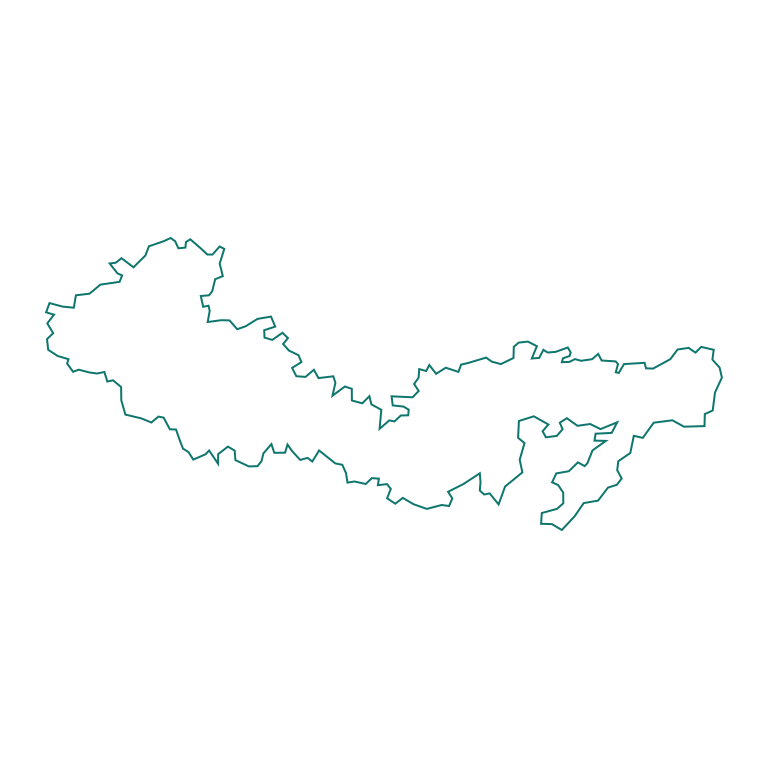 the district of Kamashi, Kashkadarya, Uzbekistan
{"feature_id": "79887680B4185016404575", "entity_name": "Kamashi", "entity_type": "district", "adm_level": 2, "iso_a3": "UZB", "parent_name": "Uzbekistan", "parent_adm1": "Kashkadarya", "projection": "natural_earth1", "projection_center": [66.838, 38.762], "detail": "fine", "context": "isolated", "style": "outline", "palette": "teal", "viewbox_px": 768, "rotation_deg": 0, "n_neighbors": 0, "source": "geoboundaries", "source_scale": "gbopen_adm2", "svg_char_len": 3265}
<svg xmlns="http://www.w3.org/2000/svg" viewBox="0 0 768 768"><path d="M212.2,291.2L215.2,279.2L222.8,276.1L219.7,263.6L224.3,248.9L219.6,246.5L212.4,254.6L207.3,254.5L200.8,248.4L190.3,239.3L186.0,242.0L185.4,247.6L178.4,248.3L175.2,241.3L170.6,238.0L164.0,241.1L148.9,246.3L145.4,255.5L133.5,267.3L121.5,258.2L115.8,262.7L109.7,263.5L117.5,273.4L122.1,275.4L119.6,281.8L114.5,282.6L100.4,284.6L89.5,293.7L75.9,295.3L73.8,307.7L62.6,306.6L49.5,303.1L46.1,312.3L54.0,314.7L47.3,323.4L53.2,333.2L47.0,339.1L48.2,349.8L57.7,356.0L68.5,359.2L67.1,363.5L73.1,371.8L78.8,369.7L89.6,372.5L97.0,373.5L104.4,372.0L107.3,381.5L113.0,380.3L121.1,387.0L121.3,400.3L125.4,414.6L141.4,418.4L151.4,422.5L158.4,416.6L163.6,417.6L169.9,429.3L176.0,429.5L180.1,441.2L183.0,448.6L188.6,452.2L193.3,459.6L205.5,454.3L209.1,450.5L218.0,463.6L218.2,454.1L227.9,446.6L234.7,450.6L235.4,460.1L248.8,466.4L257.5,466.2L261.5,461.1L263.4,453.4L271.4,444.1L274.3,452.8L285.1,452.7L287.5,444.5L292.1,451.1L300.2,459.9L307.6,457.9L312.3,461.5L319.1,450.5L335.3,463.4L342.3,464.8L346.0,473.1L347.5,482.6L354.5,481.5L365.7,484.0L371.9,478.1L378.9,478.7L377.9,485.2L387.0,484.1L390.8,488.9L387.1,498.3L395.3,503.7L402.8,497.9L413.5,504.2L426.8,508.9L441.7,505.0L449.1,506.0L452.3,498.4L448.1,491.8L463.5,484.0L479.8,473.3L480.5,482.4L479.8,490.5L484.1,494.5L489.7,493.4L498.6,504.4L505.1,486.5L522.4,472.4L519.7,459.8L524.5,443.1L518.1,437.8L518.9,421.0L533.8,416.3L548.4,424.5L542.6,431.2L545.9,437.3L556.8,435.9L562.6,429.2L559.8,422.7L566.8,418.2L577.5,425.8L590.2,424.0L600.5,429.1L617.2,422.3L611.7,432.9L595.6,433.7L594.5,440.6L605.8,440.9L592.5,450.4L587.4,463.2L584.7,466.1L577.9,462.4L568.9,471.2L556.3,473.4L552.1,482.3L558.2,485.1L563.2,492.6L563.3,503.3L557.1,508.8L541.8,513.0L541.1,523.8L551.9,524.1L561.8,530.0L574.7,516.2L583.7,503.1L598.1,500.6L608.0,487.6L616.8,484.8L621.7,478.5L617.2,470.2L618.3,461.2L630.3,453.0L633.8,435.8L642.8,437.9L653.7,422.7L672.4,420.3L684.0,426.7L704.5,426.1L704.8,414.1L712.7,410.5L715.0,392.5L721.9,377.6L719.6,367.6L712.4,359.6L713.7,349.8L701.2,346.9L695.5,352.6L688.6,347.9L677.6,349.5L670.3,359.2L653.0,368.6L646.0,368.3L644.6,362.8L624.0,364.1L618.8,372.9L615.8,372.3L618.0,364.0L615.6,361.4L601.6,360.5L598.2,353.9L592.1,359.2L581.0,360.8L575.0,359.1L569.4,361.9L561.9,362.2L563.0,358.3L569.6,356.0L570.7,352.5L567.8,347.5L555.5,351.9L547.6,352.5L543.4,349.8L539.2,357.9L531.8,358.5L536.9,346.2L527.9,341.6L518.7,342.6L513.8,346.8L513.5,358.0L500.8,364.1L491.7,361.6L486.1,357.6L467.7,363.1L461.1,364.6L458.4,371.9L445.8,367.7L436.1,373.8L429.3,365.0L426.2,371.0L419.2,369.1L418.6,377.7L414.1,384.0L418.7,391.0L412.5,397.3L391.6,396.3L392.7,405.4L403.6,406.6L408.7,409.7L408.2,415.3L400.8,415.5L394.5,421.4L389.3,420.4L379.6,428.8L381.3,409.8L371.4,404.4L369.4,396.2L362.3,403.3L351.9,400.5L351.8,388.8L344.9,386.5L332.5,395.7L335.4,382.8L333.3,376.3L318.5,378.1L313.9,369.8L305.5,376.9L296.3,376.2L292.1,367.9L301.4,362.1L298.5,355.2L289.0,350.6L283.1,344.0L288.0,338.1L282.4,332.8L272.3,339.9L264.5,337.6L264.2,330.2L275.2,326.6L271.0,316.6L257.5,318.9L245.6,326.3L237.2,329.2L229.5,320.4L221.3,320.2L207.7,322.0L209.7,310.9L208.5,305.7L203.2,306.8L200.8,296.0L209.1,295.3L212.2,291.2Z" fill="none" stroke="#0f766e" stroke-width="2"/></svg>